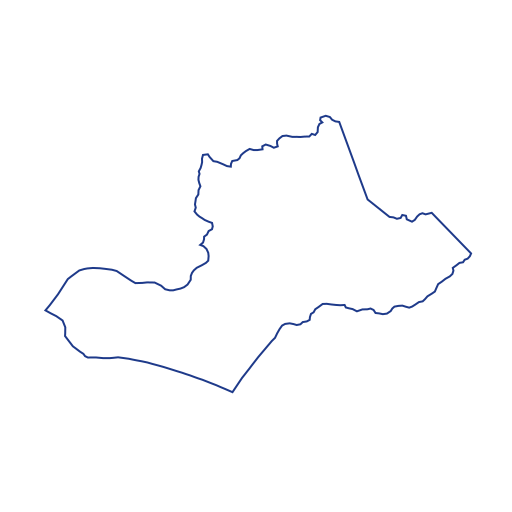 Estância, Sergipe, Brazil, rotated 85°
{"feature_id": "56859067B51129873984298", "entity_name": "Estância", "entity_type": "district", "adm_level": 2, "iso_a3": "BRA", "parent_name": "Brazil", "parent_adm1": "Sergipe", "projection": "natural_earth1", "projection_center": [-37.403, -11.256], "detail": "fine", "context": "isolated", "style": "outline", "palette": "blue", "viewbox_px": 512, "rotation_deg": 85, "n_neighbors": 0, "source": "geoboundaries", "source_scale": "gbopen_adm2", "svg_char_len": 3124}
<svg xmlns="http://www.w3.org/2000/svg" viewBox="0 0 512 512"><g transform="rotate(85 256 256)"><path d="M150.7,300.0L154.3,301.3L157.8,301.5L160.4,302.3L163.5,303.5L166.7,305.6L169.3,305.1L172.1,306.3L175.1,306.7L178.3,306.2L181.7,305.3L185.4,307.5L189.7,308.1L193.1,310.8L196.5,311.6L199.3,312.3L202.6,311.8L206.2,313.4L209.6,311.1L211.8,308.9L213.7,306.3L215.6,304.0L217.7,300.2L219.2,296.9L222.7,296.5L225.5,297.5L227.0,301.0L230.4,303.0L232.2,306.0L234.8,306.3L238.0,307.6L240.1,310.6L241.6,307.5L244.7,304.7L248.6,303.3L251.9,303.2L256.5,304.0L258.5,306.5L260.5,310.8L262.6,316.1L264.9,319.2L267.2,321.2L270.2,322.7L274.0,323.1L278.5,326.7L280.8,330.4L281.9,334.2L282.4,338.1L283.0,341.6L282.7,344.9L281.2,349.4L277.3,353.1L273.6,359.3L272.8,366.8L272.9,371.6L272.5,378.5L269.9,382.2L264.1,389.5L258.8,396.1L257.1,400.8L255.6,407.7L254.6,412.6L253.7,419.5L253.7,425.1L254.0,428.3L255.0,433.3L260.2,441.8L262.6,445.5L276.9,456.6L287.1,465.8L291.8,470.5L295.2,465.5L298.5,460.2L303.4,454.3L310.4,452.2L316.3,452.8L319.1,453.2L330.0,446.3L336.0,439.6L338.4,436.5L340.9,435.0L342.5,432.3L342.8,427.7L343.1,424.4L344.4,417.3L345.0,410.8L345.0,407.0L344.9,402.2L347.3,391.6L348.5,387.7L349.6,383.9L350.9,379.1L352.6,373.5L354.5,368.6L356.6,362.8L358.4,358.0L359.9,354.3L361.8,349.7L364.0,344.4L365.8,339.9L367.6,335.9L369.2,332.1L371.3,327.7L372.9,324.2L374.6,320.2L376.6,316.2L378.6,312.2L381.3,306.7L383.5,302.7L385.7,298.5L388.2,293.9L389.6,291.3L376.2,280.5L372.6,277.1L369.8,274.5L367.7,272.5L364.9,270.0L356.8,262.5L342.0,247.6L339.2,244.2L334.8,241.6L330.9,238.9L327.6,236.1L326.2,232.9L326.0,228.3L327.1,224.5L328.3,221.5L327.9,217.7L325.9,215.2L325.6,211.1L324.3,208.1L321.6,207.6L318.5,206.3L317.1,203.5L314.2,201.6L312.3,198.2L309.6,193.8L309.8,189.7L310.8,185.4L311.7,180.8L312.4,176.3L312.5,172.0L315.1,171.0L316.2,168.0L317.3,164.4L319.9,160.3L318.5,154.7L318.8,149.5L318.3,146.5L320.0,143.6L323.2,141.9L323.9,138.4L325.0,134.7L324.8,130.6L322.6,126.6L320.2,124.8L318.5,122.5L318.1,118.4L318.2,114.5L319.5,111.4L320.8,107.9L320.0,104.9L318.3,101.6L316.1,97.7L315.7,93.9L313.8,91.5L311.1,88.7L308.7,83.9L307.0,80.9L304.0,79.3L299.9,77.0L297.8,73.2L295.2,69.2L293.2,64.7L291.0,61.9L287.8,60.6L285.0,61.0L282.7,57.1L280.6,53.9L280.3,50.3L277.9,48.4L277.1,45.4L274.9,43.0L272.2,41.5L241.6,66.4L228.3,77.2L229.3,83.4L227.9,86.5L228.7,89.4L230.7,92.0L233.9,94.7L235.4,97.6L232.6,102.6L229.0,103.1L227.9,106.7L230.7,108.6L231.2,112.4L229.5,115.7L228.7,119.6L209.4,139.9L183.4,147.0L171.6,150.1L129.7,161.4L128.8,165.2L126.9,168.3L124.0,170.3L122.4,174.3L123.7,179.6L126.3,180.3L128.7,178.3L130.0,181.3L133.1,183.1L137.9,183.8L140.6,186.5L139.2,189.8L141.6,192.5L141.3,197.0L141.3,201.5L140.8,205.4L140.5,209.4L138.7,215.2L138.8,219.2L140.9,222.5L143.2,225.0L146.0,225.2L148.7,224.8L149.7,228.8L147.6,232.1L145.8,236.6L147.3,240.2L150.3,240.2L150.6,245.6L150.3,249.0L148.8,253.0L150.6,256.9L152.5,259.9L154.4,262.3L157.2,263.9L158.8,266.2L159.3,271.4L162.1,272.9L164.8,273.3L163.9,277.1L161.8,280.7L158.8,286.4L157.8,290.2L153.3,293.6L150.5,295.1L150.7,300.0Z" fill="none" stroke="#1e3a8a" stroke-width="2"/></g></svg>